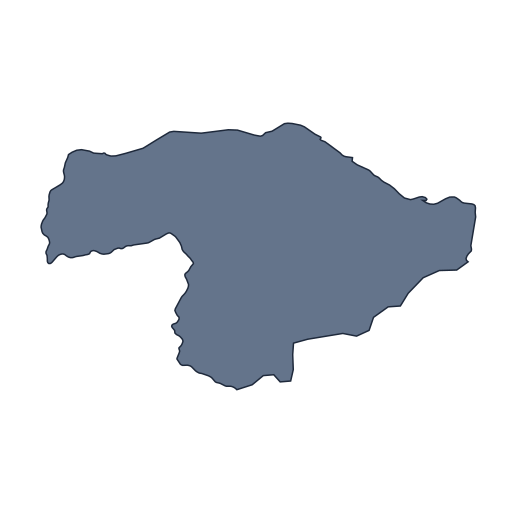 the border of Melaky, rotated 94°
{"feature_id": "MDG-5876", "entity_name": "Melaky", "entity_type": "Autonomous Province", "adm_level": 1, "iso_a3": "MDG", "parent_name": "Madagascar", "parent_adm1": "", "projection": "orthographic", "projection_center": [44.925, -17.742], "detail": "fine", "context": "isolated", "style": "filled", "palette": "slate", "viewbox_px": 512, "rotation_deg": 94, "n_neighbors": 0, "source": "natural_earth", "source_scale": "10m", "svg_char_len": 4046}
<svg xmlns="http://www.w3.org/2000/svg" viewBox="0 0 512 512"><g transform="rotate(94 256 256)"><path d="M167.9,450.1L165.3,446.7L163.0,442.2L162.1,437.5L163.0,429.4L164.7,425.1L164.7,416.6L164.6,416.3L164.0,415.3L163.9,414.8L164.1,413.8L165.2,412.7L165.5,411.9L166.3,408.5L166.4,407.2L165.9,402.8L162.7,393.2L156.4,376.2L147.0,363.1L138.4,350.8L137.4,346.7L137.3,319.2L132.0,292.4L131.7,283.3L135.5,266.1L136.2,260.0L135.4,257.9L132.3,255.0L130.4,248.7L122.0,236.9L121.3,233.5L121.3,229.2L122.4,220.7L123.8,216.7L130.4,205.6L132.8,199.8L133.6,199.4L135.1,200.2L136.0,199.2L137.2,195.2L147.2,179.4L149.3,177.1L150.3,175.1L150.7,173.2L151.1,166.6L154.8,166.7L158.0,161.4L162.4,149.5L163.3,148.1L166.9,144.3L167.6,143.1L168.7,140.0L169.6,138.6L171.8,136.1L173.4,133.5L175.9,127.7L179.3,122.6L183.9,117.5L187.8,112.0L189.0,105.8L188.2,103.1L185.8,97.3L185.2,94.4L185.9,91.1L187.4,89.5L188.8,90.2L188.9,93.6L191.0,90.0L192.0,86.2L192.0,82.3L190.7,78.5L185.7,70.9L183.7,66.8L183.3,62.3L183.9,60.5L185.0,58.6L186.2,56.7L187.4,55.3L188.3,53.8L188.7,51.9L189.0,44.2L189.5,42.3L190.5,41.0L192.7,40.4L197.2,40.4L201.7,39.6L230.7,42.4L234.2,41.5L235.9,41.6L239.1,44.3L241.4,45.6L243.8,46.3L245.7,45.7L247.0,44.0L256.0,54.8L257.7,72.1L266.0,87.7L282.6,101.6L295.8,108.5L297.5,120.6L309.0,134.5L322.3,138.0L328.9,150.1L327.2,164.0L335.4,198.6L340.3,212.5L351.8,212.5L366.7,210.9L378.3,212.7L379.9,223.1L373.2,230.0L374.8,240.4L384.7,250.8L390.7,265.8L389.7,267.0L388.8,268.4L388.2,269.9L387.8,271.3L387.7,272.6L387.9,275.2L388.0,276.4L387.7,277.7L385.6,282.7L385.3,284.0L384.9,286.6L384.4,287.8L380.6,291.6L379.8,292.8L378.8,295.1L377.0,301.8L376.7,304.6L376.1,305.9L375.5,307.2L374.6,308.5L371.2,312.3L370.3,313.7L369.9,315.4L369.7,316.9L370.2,321.4L369.9,322.7L369.2,323.9L364.2,327.7L363.0,327.5L357.8,325.8L356.2,325.5L355.0,325.9L353.9,326.4L352.9,326.4L352.1,325.7L351.1,324.8L349.8,324.0L348.2,323.4L346.3,322.9L345.0,323.2L343.9,323.9L342.0,325.8L341.2,326.9L340.6,328.1L340.2,329.2L339.7,330.1L338.5,331.5L335.9,332.0L335.2,332.7L334.4,333.4L333.2,334.6L332.0,335.2L330.8,335.0L329.9,334.1L329.3,332.9L328.9,331.7L328.2,330.6L327.1,329.7L324.5,328.4L323.1,328.4L322.2,328.7L321.5,329.6L320.6,330.5L317.9,332.2L316.0,333.1L314.3,332.8L302.6,327.6L301.3,326.8L299.3,325.1L297.8,324.0L296.0,323.0L292.8,321.7L290.9,321.3L289.1,321.3L284.1,323.6L281.6,325.2L279.8,325.7L278.5,325.3L277.6,324.4L276.5,323.2L275.2,322.1L271.1,320.2L268.0,317.9L266.8,318.2L265.9,318.9L264.9,319.9L263.2,321.2L262.6,321.8L261.0,323.7L259.1,325.6L258.2,326.7L257.4,327.8L256.2,329.0L254.6,330.1L251.3,331.1L247.9,332.9L242.7,337.3L241.8,338.4L239.6,342.0L239.1,343.1L239.0,344.5L239.5,345.6L240.1,346.8L244.9,353.6L245.3,354.8L246.1,357.3L246.6,358.5L249.6,363.1L250.3,364.3L250.7,365.7L253.5,378.8L254.5,381.3L254.6,384.1L254.9,385.5L255.5,386.7L257.3,388.8L257.9,389.9L258.1,391.3L257.6,393.0L257.8,394.4L259.5,398.0L262.3,400.6L262.9,401.3L263.4,402.1L263.9,403.3L264.8,407.9L264.7,409.8L264.2,411.9L262.7,414.9L262.1,416.9L261.9,418.6L262.3,419.9L262.8,420.9L263.4,421.4L264.2,421.8L265.3,422.2L265.9,423.3L266.4,424.6L266.7,426.1L267.6,428.6L269.0,435.2L269.5,436.6L270.1,437.9L270.5,439.3L270.6,441.0L270.1,443.1L269.2,444.9L267.8,447.0L267.4,448.7L267.6,450.0L268.0,451.2L268.9,452.9L269.7,453.8L270.7,454.7L276.2,458.8L277.2,459.7L277.9,460.9L277.9,462.4L277.0,463.3L275.7,463.8L273.0,464.0L270.0,464.5L268.1,465.6L266.6,465.8L265.3,465.4L264.2,464.9L260.8,464.0L258.3,462.9L256.9,462.8L255.4,463.2L253.8,463.8L251.9,464.9L250.8,466.5L249.7,468.7L248.2,470.3L246.7,471.1L242.3,472.4L240.8,472.4L239.2,472.2L236.3,471.3L234.9,470.7L232.6,469.2L228.7,467.5L227.4,467.5L224.8,468.1L223.7,468.0L221.5,466.8L219.2,467.0L217.6,466.9L214.7,466.3L211.1,466.7L209.3,466.6L206.3,465.9L205.0,465.2L204.1,464.2L198.7,456.4L197.0,454.4L196.1,453.7L195.3,453.3L194.3,452.9L193.1,452.6L191.8,452.5L190.3,452.5L188.8,452.8L186.1,453.7L184.8,454.0L183.6,454.0L180.8,453.3L176.4,452.7L170.9,450.7L168.0,450.1L167.9,450.1Z" fill="#64748b" stroke="#1e293b" stroke-width="1.5"/></g></svg>